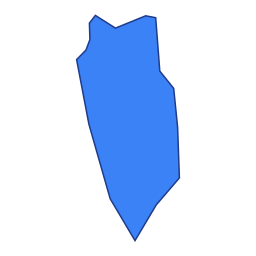 Bury, Albers equal-area conic projection
{"feature_id": "GBR-5679", "entity_name": "Bury", "entity_type": "Metropolitan Borough", "adm_level": 1, "iso_a3": "GBR", "parent_name": "United Kingdom", "parent_adm1": "", "projection": "albers", "projection_center": [-2.317, 53.586], "detail": "fine", "context": "isolated", "style": "filled", "palette": "blue", "viewbox_px": 256, "rotation_deg": 0, "n_neighbors": 0, "source": "natural_earth", "source_scale": "10m", "svg_char_len": 330}
<svg xmlns="http://www.w3.org/2000/svg" viewBox="0 0 256 256"><path d="M135.0,240.6L110.2,198.8L88.9,124.2L76.6,59.6L86.0,50.0L89.9,39.6L89.4,23.1L92.9,18.6L95.4,15.4L115.4,28.1L145.7,15.8L155.7,17.7L159.8,71.1L173.7,88.4L177.6,127.2L179.4,177.9L156.3,204.8L135.0,240.6Z" fill="#3b82f6" stroke="#1e3a8a" stroke-width="1.5"/></svg>